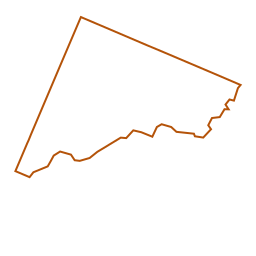 Cleveland, Oklahoma, United States of America (Mercator projection), rotated 293°
{"feature_id": "52423323B91358685939419", "entity_name": "Cleveland", "entity_type": "district", "adm_level": 2, "iso_a3": "USA", "parent_name": "United States of America", "parent_adm1": "Oklahoma", "projection": "mercator", "projection_center": [-97.393, 35.153], "detail": "fine", "context": "isolated", "style": "outline", "palette": "amber", "viewbox_px": 256, "rotation_deg": 293, "n_neighbors": 0, "source": "geoboundaries", "source_scale": "gbopen_adm2", "svg_char_len": 760}
<svg xmlns="http://www.w3.org/2000/svg" viewBox="0 0 256 256"><g transform="rotate(293 128 128)"><path d="M44.3,41.2L44.3,56.6L50.3,58.2L61.3,69.1L67.2,69.8L73.6,70.4L79.8,74.7L81.2,85.9L77.5,91.5L78.9,96.4L85.4,104.4L94.1,109.1L116.3,125.1L118.0,130.3L127.9,133.8L129.3,141.9L129.5,153.8L140.2,154.2L144.6,157.5L145.8,167.4L143.4,174.1L148.5,190.9L146.5,192.8L148.6,201.0L159.3,204.9L161.9,200.8L170.0,201.4L173.9,208.2L183.0,209.5L184.5,213.3L187.7,208.6L193.9,210.3L194.6,214.8L207.7,213.6L211.6,214.8L211.7,181.4L211.7,147.8L211.7,131.0L211.6,112.9L211.7,58.3L211.7,41.3L161.7,41.2L156.1,41.2L122.7,41.2L117.1,41.2L111.4,41.2L105.8,41.2L97.4,41.2L91.8,41.2L84.5,41.2L77.8,41.3L74.8,41.2L44.3,41.2Z" fill="none" stroke="#b45309" stroke-width="2"/></g></svg>